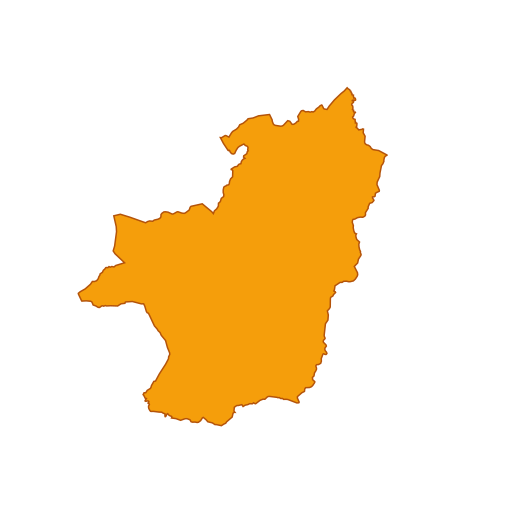 Dak To, Kon Tum, Vietnam, rotated 223°
{"feature_id": "81297802B52627388081803", "entity_name": "Dak To", "entity_type": "district", "adm_level": 2, "iso_a3": "VNM", "parent_name": "Vietnam", "parent_adm1": "Kon Tum", "projection": "albers", "projection_center": [107.823, 14.684], "detail": "fine", "context": "isolated", "style": "filled", "palette": "amber", "viewbox_px": 512, "rotation_deg": 223, "n_neighbors": 0, "source": "geoboundaries", "source_scale": "gbopen_adm2", "svg_char_len": 6118}
<svg xmlns="http://www.w3.org/2000/svg" viewBox="0 0 512 512"><g transform="rotate(223 256 256)"><path d="M383.7,194.0L387.4,188.4L378.3,182.2L374.6,178.7L366.2,166.9L363.9,162.3L360.6,161.5L347.5,161.4L352.1,153.4L352.4,151.1L354.3,150.0L355.0,148.4L356.3,148.0L356.4,146.5L357.8,145.3L357.9,144.9L357.7,143.3L357.9,141.4L357.2,139.4L357.8,136.6L357.1,135.4L356.8,133.7L355.9,131.8L355.7,129.2L356.8,127.1L358.3,125.8L357.8,122.4L358.5,115.4L360.2,110.0L360.5,107.5L359.8,107.0L353.3,104.4L352.8,104.2L352.4,104.5L349.6,107.4L346.0,110.2L344.5,110.4L341.7,109.1L339.2,110.2L336.4,110.8L335.3,111.7L334.8,114.2L334.2,115.0L333.2,115.4L332.4,117.0L331.3,117.5L328.5,120.4L323.1,125.1L322.1,129.0L319.6,132.0L320.1,133.0L319.9,133.6L315.4,138.4L307.2,142.8L305.6,144.4L303.2,143.5L298.4,140.7L297.0,140.3L295.9,140.7L294.8,140.5L282.6,135.6L278.6,135.2L276.5,134.6L274.0,134.6L271.2,133.4L264.5,132.5L258.4,128.7L253.0,126.2L251.9,125.1L251.2,122.8L249.9,121.1L248.3,115.2L246.3,104.0L244.2,96.0L245.2,94.6L244.1,90.0L243.1,88.0L243.0,86.9L243.9,83.6L243.4,80.8L244.6,79.6L244.0,77.6L243.2,77.6L240.0,76.4L239.0,77.0L238.5,74.6L238.1,74.3L237.5,74.6L236.2,76.4L235.2,76.5L234.8,76.2L234.8,75.2L234.5,74.7L233.3,75.0L232.7,74.7L232.3,73.1L231.7,72.3L230.3,71.3L228.5,70.7L227.2,70.5L226.7,70.8L225.2,72.3L220.5,75.7L218.4,77.5L216.9,77.7L214.9,78.5L213.4,76.8L212.8,76.6L212.6,77.3L213.3,79.6L213.1,80.4L210.7,80.2L208.4,81.1L207.7,80.9L207.3,79.9L203.6,82.5L199.1,84.4L196.9,88.6L195.5,90.0L192.6,91.2L190.5,90.5L189.2,91.1L187.3,93.0L185.5,94.1L184.7,95.2L184.2,97.8L184.8,101.1L184.5,102.0L180.7,102.2L178.2,101.9L174.1,104.2L171.1,104.7L169.8,105.8L165.6,108.3L164.9,111.1L164.1,113.0L164.4,114.7L163.6,122.0L165.6,125.4L165.3,126.9L164.8,127.3L166.4,127.6L168.7,130.6L168.1,133.5L166.9,134.7L165.0,137.6L162.8,137.1L162.2,139.5L160.6,141.8L159.9,143.7L157.9,145.4L157.6,147.0L156.4,147.2L155.5,147.7L154.6,153.2L153.2,156.1L151.8,157.3L151.6,160.6L151.3,161.5L150.4,162.5L144.2,167.0L143.3,167.3L142.5,168.3L140.8,168.6L139.4,169.9L138.0,170.0L136.3,171.7L134.8,172.8L125.9,176.4L124.6,177.8L124.8,178.6L128.8,180.3L129.8,181.4L129.2,187.3L128.2,190.0L129.7,192.1L129.9,193.5L127.1,196.4L126.3,198.2L126.2,200.0L126.8,203.5L127.3,204.2L130.3,204.2L131.9,205.7L131.8,207.8L133.5,210.4L133.9,212.7L134.6,214.6L135.5,215.4L137.0,216.2L137.5,216.8L137.5,217.9L136.3,219.2L135.5,221.6L136.4,223.6L138.3,225.5L140.1,229.8L139.9,230.6L138.2,231.2L137.6,231.8L137.6,233.0L138.7,233.7L140.9,234.0L142.2,234.8L142.8,235.8L143.1,238.1L144.1,238.7L147.9,238.9L148.7,239.5L149.2,240.6L149.1,242.2L149.4,243.0L151.2,243.8L152.0,244.4L159.0,253.8L159.7,258.2L162.9,262.2L166.4,264.5L166.4,267.5L166.9,269.3L172.4,275.4L173.1,276.5L173.1,277.1L172.5,279.1L173.0,280.8L172.9,283.6L173.7,283.9L175.2,283.5L175.7,284.9L177.9,288.1L176.5,294.0L175.0,295.5L174.6,297.3L172.6,299.3L170.8,300.3L169.7,301.3L167.8,304.2L167.6,306.9L168.2,310.2L168.8,311.6L170.4,313.0L177.0,315.4L176.9,320.2L178.9,323.5L179.7,328.0L180.2,328.8L182.3,329.9L182.7,330.6L184.4,331.2L187.0,333.0L188.9,334.8L189.8,336.8L193.6,336.8L195.9,338.1L197.0,339.1L197.5,339.8L197.6,340.7L199.4,340.1L201.3,340.9L204.1,342.9L205.6,344.7L208.6,346.3L209.8,348.0L210.0,349.0L208.9,350.4L207.9,353.3L206.3,355.5L204.3,357.2L203.6,359.3L203.9,360.7L205.5,362.3L206.5,367.4L207.5,368.4L208.8,372.0L207.5,374.3L207.6,377.0L208.5,377.5L210.2,377.8L211.1,378.7L210.0,379.9L209.7,380.9L211.4,383.3L211.0,385.0L210.0,387.3L210.6,388.2L216.2,390.7L217.8,392.7L219.7,398.5L221.9,401.2L225.9,407.7L226.1,409.9L227.0,412.4L227.9,413.3L229.3,415.6L229.5,417.3L228.9,419.0L229.1,419.2L238.2,416.8L243.0,413.6L245.0,413.3L247.1,413.9L249.2,413.7L250.9,412.8L252.3,412.6L253.5,412.8L254.6,413.7L257.9,418.0L261.6,419.2L263.9,422.1L264.6,421.8L265.0,420.7L266.9,418.3L269.3,418.6L270.2,418.3L270.7,418.5L270.8,419.6L272.5,421.7L273.1,421.9L274.1,421.1L274.7,422.0L275.4,422.2L276.7,423.5L278.3,422.8L279.6,423.1L280.1,423.5L280.1,425.0L281.2,427.2L281.2,428.8L281.6,428.9L282.7,428.0L283.2,428.1L284.0,429.2L285.3,428.9L285.9,430.2L287.5,431.6L288.8,431.7L289.6,432.4L289.8,433.5L289.5,434.5L289.8,435.5L290.3,435.7L291.5,435.2L291.7,435.4L291.4,436.1L289.6,437.6L289.6,438.1L290.5,438.8L291.5,439.0L292.3,438.2L293.3,439.1L293.9,439.3L294.4,440.1L295.8,439.4L296.8,440.4L297.8,440.4L299.0,441.2L299.7,441.0L300.9,441.5L302.5,441.1L304.1,441.2L304.0,436.9L304.6,432.8L305.1,423.7L304.7,415.6L304.0,411.6L306.3,410.1L307.1,410.0L310.6,411.3L311.0,411.2L311.6,409.6L311.6,407.8L312.2,404.8L311.9,401.9L312.5,400.2L313.6,399.7L314.5,398.1L316.1,397.4L318.1,395.2L320.8,394.6L321.7,393.3L321.8,392.3L320.6,386.5L318.1,385.1L316.9,383.5L317.6,382.6L317.6,380.5L318.2,378.1L319.4,376.9L323.2,377.6L325.1,376.6L325.1,370.3L325.5,369.0L326.4,367.8L331.0,364.7L332.0,364.3L333.5,364.4L335.9,365.6L337.1,366.6L342.6,368.7L349.7,360.3L352.3,354.9L355.4,351.0L355.3,349.2L355.9,344.4L357.4,340.9L356.7,338.3L356.8,335.5L358.0,331.2L357.9,329.3L356.9,324.5L360.0,323.6L360.7,323.1L361.9,319.0L362.8,318.3L356.5,316.1L348.5,314.2L348.0,314.3L347.9,314.9L347.4,315.1L345.3,314.3L343.5,314.3L342.2,315.0L341.5,316.4L342.6,319.7L343.2,323.0L342.9,325.0L341.3,329.5L341.0,329.7L339.2,329.5L337.7,330.2L336.7,330.2L335.8,329.9L334.4,327.9L333.5,327.6L333.5,326.3L332.5,324.5L333.3,320.9L332.5,319.8L330.7,319.9L331.3,318.5L331.4,316.7L331.1,315.1L330.0,313.2L330.9,311.8L331.1,310.9L330.8,308.9L332.4,306.6L333.4,302.7L333.1,302.3L332.1,302.7L331.2,302.6L327.1,297.9L327.2,295.1L326.2,292.5L324.8,290.6L324.6,289.4L325.8,287.6L325.7,287.0L326.5,285.1L326.4,284.2L325.0,281.9L323.2,280.0L321.4,279.0L320.2,277.4L320.7,274.5L319.3,271.7L319.2,270.2L319.5,269.1L317.5,266.7L316.9,263.6L317.2,260.7L316.1,257.9L318.5,258.2L330.9,257.5L337.4,248.0L337.4,246.7L336.3,244.3L336.3,243.6L337.0,239.5L337.6,238.2L339.5,236.8L343.3,235.1L343.9,234.3L345.1,230.5L345.9,229.5L350.2,228.1L352.2,226.7L353.4,225.5L353.9,223.3L353.8,221.6L352.2,219.7L352.0,218.2L352.7,216.2L354.9,212.9L355.3,210.9L357.7,209.1L358.8,207.2L359.4,205.0L374.6,198.4L383.7,194.0Z" fill="#f59e0b" stroke="#b45309" stroke-width="1.5"/></g></svg>